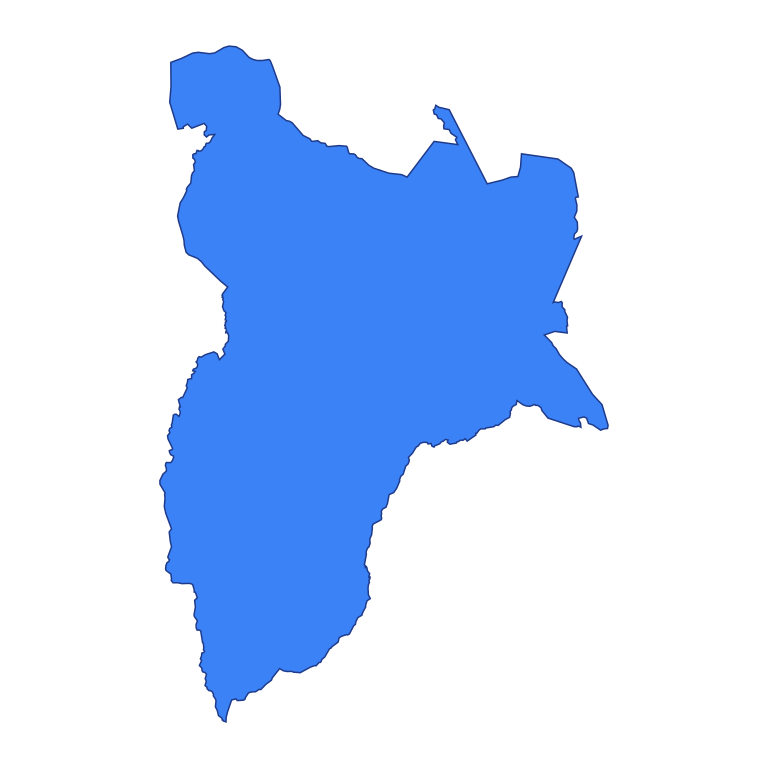 San Gabriel Chilac, Puebla, Mexico (Natural Earth projection)
{"feature_id": "50627088B95870505229303", "entity_name": "San Gabriel Chilac", "entity_type": "district", "adm_level": 2, "iso_a3": "MEX", "parent_name": "Mexico", "parent_adm1": "Puebla", "projection": "natural_earth1", "projection_center": [-97.386, 18.312], "detail": "fine", "context": "isolated", "style": "filled", "palette": "blue", "viewbox_px": 768, "rotation_deg": 0, "n_neighbors": 0, "source": "geoboundaries", "source_scale": "gbopen_adm2", "svg_char_len": 6113}
<svg xmlns="http://www.w3.org/2000/svg" viewBox="0 0 768 768"><path d="M557.9,159.0L521.5,153.8L520.5,167.2L517.9,176.5L510.8,177.1L502.3,180.1L487.2,183.8L449.2,109.7L439.0,107.3L435.8,105.3L434.8,108.9L433.3,110.0L434.2,114.0L436.5,114.7L438.3,118.5L440.9,118.8L444.4,122.8L443.6,125.9L443.9,128.8L449.3,129.6L450.9,133.2L456.9,137.3L455.4,139.7L457.8,144.6L434.1,141.4L407.1,177.1L401.6,174.6L388.9,173.2L373.8,168.2L369.0,165.4L362.0,158.7L359.0,158.4L357.3,157.5L355.4,154.8L353.7,153.9L349.7,153.8L348.8,152.8L347.2,147.1L346.4,146.2L339.2,145.6L328.7,146.6L326.9,146.2L325.2,143.4L320.7,142.8L317.8,140.7L312.2,141.4L311.4,141.0L309.9,138.8L303.2,135.5L292.1,122.7L289.4,121.2L286.3,120.6L278.1,114.2L279.7,109.5L280.5,104.6L279.9,87.1L272.5,66.2L270.2,60.6L269.0,59.5L262.5,60.5L257.3,60.5L253.5,59.6L249.0,57.4L242.3,50.2L236.1,46.8L228.9,46.1L223.9,47.6L214.8,52.9L209.5,53.7L198.2,52.3L192.6,53.1L181.3,58.5L170.8,62.4L171.0,87.0L169.7,102.2L177.8,129.1L183.3,128.3L183.2,126.9L187.5,124.1L191.8,128.2L204.1,123.4L206.7,126.3L206.2,130.6L204.4,131.6L204.2,134.8L206.5,137.0L209.1,134.9L214.7,134.5L212.1,137.9L210.4,141.6L208.5,143.2L206.2,143.3L205.2,146.5L204.2,146.8L202.8,149.3L201.0,150.9L198.6,151.2L198.4,150.6L197.0,150.4L195.9,153.7L194.1,153.7L192.8,154.8L192.9,158.1L194.5,159.3L195.4,162.0L193.6,164.4L194.4,170.8L192.5,173.0L191.5,175.7L190.8,183.0L187.1,187.5L186.3,189.5L186.8,190.6L183.4,197.8L180.2,202.8L177.6,216.0L178.6,221.3L182.8,235.3L184.0,240.4L184.3,245.1L186.1,252.2L188.7,254.8L197.4,258.3L201.4,261.7L204.7,265.9L220.9,281.4L227.7,287.0L222.4,294.2L222.1,295.3L222.7,295.8L222.1,297.1L222.9,297.3L223.2,298.6L222.7,299.2L223.6,301.5L222.5,306.7L224.0,310.8L226.0,312.6L225.1,315.4L226.0,316.4L225.2,319.8L226.4,320.4L226.5,321.3L225.3,322.2L225.5,323.5L224.7,325.5L225.6,326.5L225.1,328.2L225.9,328.4L226.6,330.9L225.9,331.4L225.7,332.8L227.5,332.6L228.7,335.8L228.3,341.2L225.3,344.3L225.4,345.8L222.9,349.1L224.9,354.1L219.4,359.7L217.1,353.8L213.9,351.9L205.3,354.7L201.1,357.2L199.2,356.6L197.8,358.1L197.3,360.6L196.1,361.9L197.6,363.8L197.4,366.5L196.5,367.9L193.4,369.2L192.8,370.2L192.8,370.8L195.2,371.4L193.4,373.7L191.6,374.7L191.6,378.5L187.7,379.5L187.5,382.2L186.2,385.8L187.3,387.8L182.7,397.5L181.4,397.4L178.4,399.7L180.3,406.9L179.5,406.8L179.0,409.1L180.2,411.5L179.9,414.5L178.9,416.4L176.4,414.3L174.6,414.3L173.3,415.2L172.2,422.9L171.4,424.9L171.8,427.3L169.8,428.4L169.0,430.7L169.9,432.6L167.5,435.8L168.1,439.1L172.6,448.5L172.2,449.5L169.3,450.6L169.4,451.7L170.6,454.6L173.4,456.0L173.5,457.6L172.4,460.6L170.7,462.6L166.4,462.5L165.7,463.7L165.4,465.5L166.4,468.6L166.3,471.2L163.0,474.0L159.9,480.5L160.0,484.3L165.2,493.1L164.6,494.3L165.0,498.2L164.3,506.7L165.8,513.4L171.5,528.8L169.2,532.0L170.3,541.4L171.5,546.8L167.8,557.0L168.7,559.0L169.6,559.7L168.7,561.5L167.0,562.7L166.0,565.2L165.6,568.7L165.8,570.0L166.9,571.2L170.8,574.0L171.5,578.7L171.2,580.5L173.0,582.8L178.0,582.8L181.9,583.6L188.9,583.4L191.4,583.8L192.7,584.7L194.2,589.7L194.2,592.1L195.3,592.2L197.3,597.7L194.6,600.3L195.4,606.9L194.0,615.0L194.4,616.5L197.4,620.9L196.1,624.4L196.2,628.0L197.1,630.1L199.5,630.1L200.7,631.0L202.6,642.7L203.3,643.2L203.8,648.1L203.4,649.6L204.6,651.4L203.7,652.5L201.8,653.1L201.5,656.1L200.4,658.8L201.6,660.6L199.4,665.5L201.9,668.1L202.0,670.6L202.8,671.9L204.9,672.5L206.5,674.2L205.2,678.7L206.3,681.2L205.0,685.6L207.0,687.3L207.1,688.8L209.1,690.7L210.0,690.5L212.3,691.8L213.5,694.3L213.3,695.8L215.7,699.4L216.0,701.1L215.4,706.8L217.2,710.3L218.5,715.6L221.8,718.1L222.3,720.1L223.1,720.2L223.2,720.9L226.0,721.9L226.2,717.2L227.6,711.7L231.6,700.0L236.1,698.9L237.3,700.6L243.8,700.1L245.0,699.2L245.4,697.6L248.4,693.0L251.2,692.0L255.7,691.7L259.0,689.4L260.8,689.6L266.0,684.2L271.4,680.2L272.4,677.7L279.6,668.6L283.4,670.8L287.2,671.5L291.9,671.4L293.3,672.1L300.2,672.7L310.3,667.2L314.6,665.6L316.2,665.7L318.9,662.6L320.6,662.3L322.1,659.2L324.6,657.2L329.5,648.8L331.0,648.1L332.2,646.5L338.1,642.1L339.2,637.7L342.0,636.1L346.4,634.7L347.6,634.9L349.4,634.0L353.7,625.7L355.4,624.4L355.8,621.9L357.8,617.6L361.9,615.2L362.7,612.5L365.6,607.1L365.7,604.9L367.1,600.7L370.3,598.6L368.4,594.8L368.0,588.1L368.4,584.8L369.4,582.4L369.0,580.0L370.0,578.6L370.0,577.0L368.8,577.2L369.6,573.5L367.7,571.3L366.7,567.1L366.2,566.6L365.9,567.7L365.2,567.6L365.3,565.6L364.4,564.8L366.4,554.1L366.1,553.0L366.5,550.4L368.2,547.2L368.8,547.1L370.1,543.5L369.8,539.0L371.6,534.8L372.4,527.8L372.1,526.4L373.2,524.0L381.1,519.8L381.7,518.5L381.1,515.7L381.6,513.9L381.3,511.2L382.7,508.9L386.0,507.2L387.5,503.3L389.1,494.6L393.7,492.6L396.7,488.2L399.7,481.2L399.6,479.6L400.7,476.4L403.2,474.1L405.8,466.0L407.8,464.3L408.7,462.5L409.3,460.3L408.5,457.3L412.3,453.4L416.2,447.1L418.3,445.9L420.1,443.4L423.4,442.3L427.2,442.4L428.0,444.0L431.1,443.5L431.9,446.1L434.0,447.1L434.8,445.8L439.7,443.8L441.5,441.7L443.2,441.2L445.3,439.5L448.1,440.0L447.3,442.2L449.9,444.2L456.4,443.0L456.9,441.9L458.6,441.5L460.4,440.2L463.2,440.2L465.2,438.7L467.2,441.1L475.9,435.0L475.7,433.3L476.8,433.2L478.9,430.3L480.6,428.9L485.3,428.8L485.8,428.0L493.8,426.7L495.8,425.1L498.1,425.4L505.3,419.6L509.6,417.3L510.4,413.7L510.2,411.3L511.3,410.1L511.7,407.9L512.9,406.3L516.3,404.5L516.9,400.5L522.7,404.6L526.0,405.9L529.8,406.3L534.7,404.5L535.5,405.3L538.2,405.5L541.1,407.8L541.8,410.4L548.0,418.1L574.2,426.7L577.2,426.7L578.4,426.0L580.9,427.3L580.5,423.0L579.0,420.6L578.5,418.3L584.0,416.9L586.6,418.2L588.5,423.5L593.0,425.0L600.6,430.2L603.8,428.9L607.5,428.5L608.1,425.3L602.0,404.6L592.5,394.3L576.5,369.0L567.0,362.5L563.4,359.2L559.5,354.7L556.1,348.7L553.2,345.8L551.6,342.5L544.3,335.0L554.7,331.4L567.2,333.0L566.7,328.5L566.7,325.9L567.6,325.8L567.0,320.6L567.5,317.2L564.7,311.3L564.9,309.8L562.1,306.8L562.2,302.7L561.3,301.5L558.5,302.5L554.9,302.0L553.2,302.5L581.6,236.2L574.3,239.3L573.7,238.0L574.6,233.8L576.8,231.6L577.6,228.8L577.3,222.1L574.3,217.2L576.8,211.1L576.9,205.0L575.4,198.5L575.7,197.4L578.3,196.9L573.7,172.5L571.2,168.2L557.9,159.0Z" fill="#3b82f6" stroke="#1e3a8a" stroke-width="1.5"/></svg>